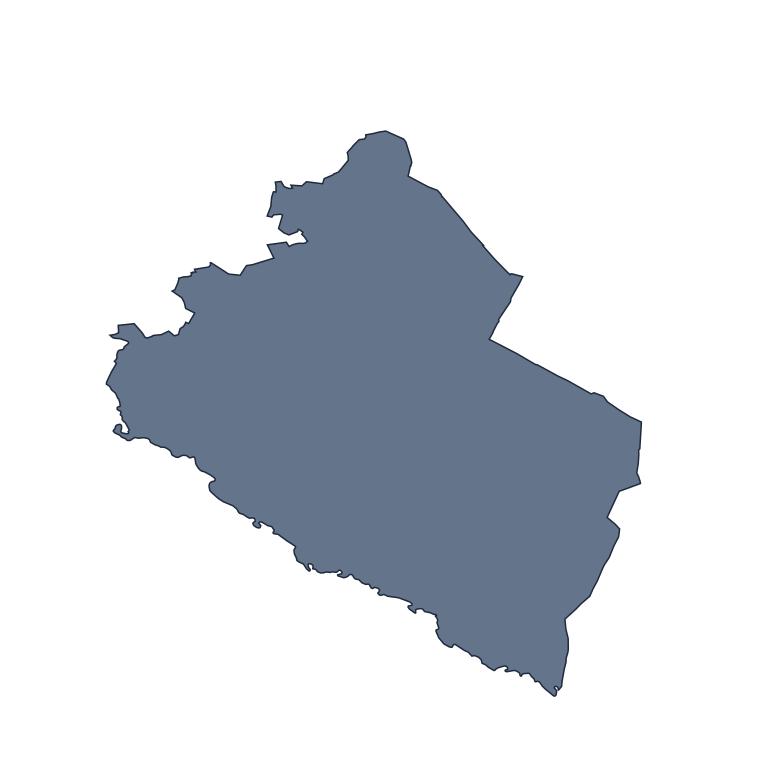 Kantinieku pag., Rezeknes, Latvia (Natural Earth projection), rotated 19°
{"feature_id": "27541924B86344078338923", "entity_name": "Kantinieku pag.", "entity_type": "district", "adm_level": 2, "iso_a3": "LVA", "parent_name": "Latvia", "parent_adm1": "Rezeknes", "projection": "natural_earth1", "projection_center": [27.111, 56.59], "detail": "fine", "context": "isolated", "style": "filled", "palette": "slate", "viewbox_px": 768, "rotation_deg": 19, "n_neighbors": 0, "source": "geoboundaries", "source_scale": "gbopen_adm2", "svg_char_len": 6170}
<svg xmlns="http://www.w3.org/2000/svg" viewBox="0 0 768 768"><g transform="rotate(19 384 384)"><path d="M303.2,144.3L296.8,147.7L292.6,150.5L285.6,154.4L286.5,155.9L285.9,158.7L281.0,161.0L277.0,169.2L276.7,170.5L273.9,177.0L276.1,180.5L276.4,181.8L277.4,184.0L273.1,195.6L271.9,198.5L268.1,201.8L267.8,202.8L260.6,209.3L260.8,214.4L260.6,214.7L244.8,218.0L241.9,223.4L231.3,226.3L233.8,228.6L230.7,230.0L227.6,230.1L225.2,229.8L220.7,226.0L215.5,228.5L217.4,231.9L219.4,237.6L217.0,238.2L216.8,238.6L217.0,244.0L219.2,253.1L218.8,263.2L223.7,262.7L224.6,260.1L225.0,259.8L231.2,257.1L233.1,257.4L233.7,271.4L240.3,273.7L245.6,274.0L252.7,268.0L252.8,267.2L252.5,265.9L252.9,265.4L258.0,266.9L257.5,269.2L261.1,270.9L264.2,273.3L265.3,273.7L263.8,276.3L261.8,277.4L258.1,278.5L255.6,279.8L252.2,282.1L249.5,284.9L245.5,281.7L228.4,290.4L238.9,300.8L220.7,314.1L215.4,316.8L212.6,328.0L201.4,330.6L180.8,325.6L180.3,325.9L181.2,328.2L180.1,330.5L167.5,337.2L169.6,339.4L167.0,340.4L165.7,341.5L166.6,341.8L165.9,342.8L166.5,344.5L162.7,346.8L159.9,347.8L155.4,350.9L156.1,352.4L155.9,353.5L156.2,355.0L155.6,363.1L153.4,365.1L164.9,368.4L168.7,372.1L171.9,377.2L181.9,378.5L179.6,390.4L176.4,390.2L176.4,392.0L175.6,395.0L173.2,398.0L173.5,404.3L170.0,406.7L163.2,404.1L157.3,409.9L150.4,413.0L149.1,414.2L149.2,414.5L145.3,417.5L142.9,417.7L138.7,414.3L128.1,408.3L113.6,415.1L116.4,421.9L113.8,424.5L109.1,427.1L112.7,428.6L115.7,428.2L119.5,427.1L127.6,427.1L128.8,427.6L129.2,428.8L126.2,433.6L126.5,434.8L125.8,436.5L122.6,438.3L122.1,438.9L121.7,440.8L122.0,443.7L123.0,446.3L122.7,448.1L121.7,450.3L124.3,451.6L122.3,461.6L121.1,472.5L121.5,474.5L125.5,475.6L128.1,478.1L132.8,480.0L134.0,480.9L136.9,484.2L138.2,484.8L140.5,488.0L141.8,490.8L139.8,492.5L139.4,493.4L139.9,494.7L141.1,495.3L143.9,495.6L144.5,496.4L144.7,498.9L146.4,499.5L147.5,501.1L147.9,502.7L149.4,503.9L152.2,504.9L158.2,510.5L157.5,512.3L158.5,513.2L158.4,514.1L156.8,514.9L152.2,515.5L151.2,515.2L150.7,514.5L150.3,512.4L150.3,511.1L149.2,508.6L148.0,508.1L146.9,508.3L144.5,510.0L144.0,511.3L144.1,514.4L143.2,515.8L143.5,516.9L145.6,517.9L150.7,518.4L153.3,519.7L157.5,519.9L159.0,520.8L160.2,520.8L161.4,520.5L162.8,519.6L165.1,516.4L166.3,515.6L169.2,515.3L174.3,513.0L178.2,512.4L180.3,512.9L182.1,515.0L186.7,516.0L189.0,516.1L190.2,515.8L193.6,516.4L196.4,515.4L199.5,515.5L203.2,516.6L204.9,517.8L206.2,519.7L207.1,520.3L211.4,520.9L213.4,520.3L216.0,517.7L217.7,516.6L220.7,516.0L224.0,517.1L225.5,516.5L227.3,515.0L228.6,515.0L229.6,516.0L231.9,520.5L232.8,521.5L235.4,523.7L237.8,525.1L239.9,525.7L242.6,525.5L249.8,526.6L254.9,528.3L255.6,529.4L255.2,531.2L253.3,532.1L252.0,533.5L251.5,534.9L251.5,536.3L252.1,538.2L254.0,541.4L256.2,542.7L264.9,546.3L267.8,547.0L270.8,547.7L280.8,548.3L285.5,550.1L288.4,552.7L289.5,553.2L293.9,553.2L297.6,554.3L300.4,554.7L302.9,553.5L305.1,553.3L305.9,553.8L306.9,555.5L305.4,557.9L305.6,558.9L307.2,560.3L310.1,561.1L312.4,560.9L313.2,560.6L313.6,559.9L313.6,558.0L310.9,556.3L311.0,555.5L311.8,554.6L313.9,554.4L320.5,555.8L323.5,555.4L324.5,555.6L327.5,557.8L328.0,559.2L327.4,560.2L327.7,561.1L329.0,561.4L332.6,560.6L343.6,564.0L353.1,566.3L353.6,567.0L352.9,569.9L353.2,571.0L354.6,573.8L358.3,577.6L358.6,578.7L358.9,579.0L360.0,579.6L361.7,580.0L366.5,580.5L371.1,584.1L374.1,585.3L374.7,584.8L374.7,583.4L372.3,581.9L371.3,580.3L371.2,578.8L372.6,578.0L374.0,578.0L375.9,578.7L376.2,579.1L376.8,581.9L379.6,581.5L381.1,582.2L382.1,583.1L385.5,583.3L388.4,582.2L390.4,580.6L394.5,579.7L396.0,578.5L399.9,577.7L400.7,577.2L402.1,574.7L403.3,574.4L405.0,575.2L405.8,576.0L405.8,576.6L405.6,577.3L402.4,579.4L402.3,579.8L403.0,580.4L409.1,580.3L411.3,578.8L412.5,577.5L413.3,575.7L414.7,574.9L415.5,574.8L416.4,575.0L418.4,576.7L419.9,577.5L420.9,577.7L424.0,577.2L428.0,579.2L432.0,579.4L433.9,578.5L435.2,578.3L438.2,581.0L439.9,581.1L441.0,579.5L443.4,579.1L445.4,579.2L446.8,580.2L446.9,582.2L446.3,583.2L446.4,583.9L448.3,585.0L450.1,584.7L452.4,583.0L456.5,583.5L467.1,581.4L479.6,581.7L482.1,582.8L482.4,584.0L480.8,585.3L479.3,585.9L479.4,587.2L481.4,588.6L487.9,590.5L488.4,590.3L488.5,589.9L487.5,587.5L487.6,586.9L489.5,585.5L492.4,584.2L493.9,584.3L496.5,585.9L502.3,585.2L505.9,585.6L508.2,585.2L508.9,585.9L508.2,586.4L508.3,586.9L510.3,588.1L511.9,590.3L511.7,592.3L515.1,596.7L515.3,597.5L515.0,598.2L513.3,599.8L513.8,601.0L518.5,606.2L525.4,610.3L531.1,611.3L533.3,611.1L534.0,610.8L534.2,610.3L534.4,608.5L534.9,607.7L536.0,607.0L546.9,609.8L550.3,610.0L551.7,610.5L555.7,612.7L558.1,611.3L562.6,611.6L565.8,613.2L567.7,616.2L571.1,616.3L574.8,617.8L580.9,619.1L581.6,619.0L582.2,618.4L582.7,617.0L584.4,615.1L589.6,611.4L591.7,611.2L592.9,611.9L593.6,612.7L593.7,613.8L592.4,614.5L591.8,615.1L591.9,615.8L592.4,616.1L593.8,616.1L600.2,612.5L602.3,612.2L605.5,612.9L606.3,613.3L607.7,615.4L608.7,615.7L609.0,615.3L609.1,613.6L610.4,612.3L615.0,610.4L615.9,610.5L618.9,612.7L622.1,614.1L623.6,616.2L624.3,616.2L626.0,615.1L627.4,615.1L628.6,615.5L632.0,618.1L635.7,619.9L646.0,623.7L647.3,623.4L647.9,622.1L647.3,618.2L646.9,617.6L644.0,615.9L643.8,615.4L643.9,614.6L645.5,613.8L646.5,613.9L647.6,614.9L648.5,616.6L648.8,616.4L650.4,612.1L649.2,607.3L647.2,594.5L646.7,587.9L645.5,583.9L645.3,578.8L644.8,575.4L641.1,564.9L635.8,556.6L631.6,547.4L638.8,534.3L641.7,528.0L647.7,517.6L648.3,509.7L649.8,500.7L650.8,486.4L651.3,482.9L653.4,474.8L654.1,462.0L655.4,453.4L655.5,451.6L654.0,444.4L648.5,441.4L638.4,437.5L641.3,408.9L658.9,394.6L657.9,392.8L654.5,388.3L651.9,385.9L650.4,376.8L648.0,368.0L646.3,363.6L647.0,362.1L639.8,336.2L627.5,334.9L614.4,331.9L601.2,328.2L595.5,324.2L585.5,323.9L583.1,325.9L556.3,321.0L546.1,319.9L522.5,315.9L521.0,316.3L499.5,312.0L468.9,307.5L470.3,299.7L470.1,299.3L471.4,290.0L472.3,287.5L471.4,285.4L476.8,265.2L476.1,261.5L479.2,245.5L480.2,237.3L469.0,238.2L468.2,238.5L467.7,239.7L462.8,237.4L448.6,230.3L432.4,221.1L433.0,220.5L416.9,211.9L405.8,204.3L378.3,188.0L378.0,188.2L376.1,186.1L371.5,183.5L361.7,183.2L339.1,179.6L338.0,169.1L338.4,169.1L338.1,165.4L336.0,162.0L325.9,148.1L322.8,146.0L303.2,144.3Z" fill="#64748b" stroke="#1e293b" stroke-width="1.5"/></g></svg>